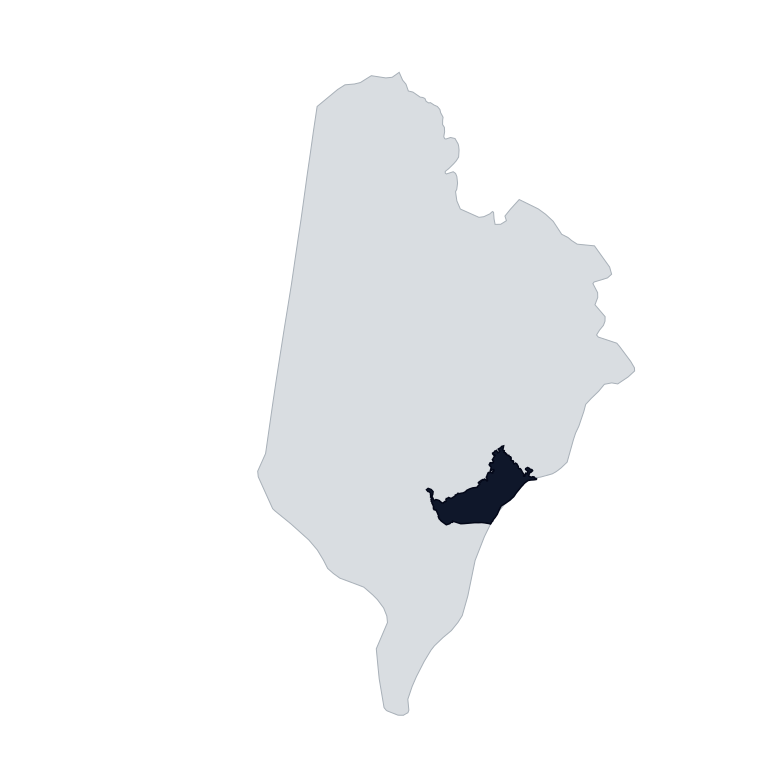 Tell Abiad, Ar Raqqah, Syria shown in context, rotated 130°
{"feature_id": "27442178B34075692761550", "entity_name": "Tell Abiad", "entity_type": "district", "adm_level": 2, "iso_a3": "SYR", "parent_name": "Syria", "parent_adm1": "Ar Raqqah", "projection": "orthographic", "projection_center": [39.333, 36.35], "detail": "fine", "context": "in_parent", "style": "filled", "palette": "ink", "viewbox_px": 768, "rotation_deg": 130, "n_neighbors": 0, "source": "geoboundaries", "source_scale": "gbopen_adm2", "svg_char_len": 6617}
<svg xmlns="http://www.w3.org/2000/svg" viewBox="0 0 768 768"><g transform="rotate(130 384 384)"><path d="M153.6,280.2L159.1,281.0L170.8,288.6L172.8,288.5L176.7,279.1L180.3,275.9L187.7,273.3L190.3,257.9L193.8,255.1L198.0,253.6L204.3,253.5L209.8,252.7L210.3,250.0L203.1,231.9L203.9,227.4L208.1,209.6L210.6,202.6L212.9,200.4L221.6,201.5L233.7,205.0L236.8,210.3L242.6,215.0L251.6,214.9L261.9,216.0L270.0,216.4L276.5,213.3L291.1,207.6L298.4,205.7L304.9,203.1L326.1,193.5L334.5,194.4L340.2,195.7L344.6,197.3L354.5,204.1L362.6,211.0L368.3,213.1L378.7,213.0L393.6,214.3L411.9,214.3L422.6,212.4L436.3,209.0L460.6,200.8L492.4,183.6L511.1,175.2L519.1,174.1L529.6,173.9L540.2,175.8L552.2,177.1L557.7,176.9L570.6,174.9L587.2,171.1L597.7,168.0L610.2,163.1L617.9,155.3L620.4,154.4L623.8,155.7L625.3,156.2L628.7,160.4L632.4,171.5L632.5,172.7L631.9,175.9L623.9,185.3L613.0,198.1L605.1,206.2L591.8,219.7L581.6,222.8L564.5,228.0L559.9,232.7L555.8,240.3L553.4,250.5L552.8,257.0L552.6,268.9L556.9,281.2L561.1,293.0L561.7,300.9L561.5,308.6L557.9,317.0L554.0,328.4L551.8,341.3L551.0,365.3L551.3,385.8L551.1,389.1L544.1,403.7L535.9,420.7L532.0,424.7L513.4,430.0L493.1,442.6L470.4,456.7L449.7,469.4L427.9,482.6L405.2,496.3L388.9,506.0L367.1,519.0L347.2,531.3L326.9,543.8L311.5,553.2L287.9,568.0L274.1,576.7L253.7,589.3L235.8,600.5L214.4,613.6L188.1,608.8L179.9,606.2L173.2,599.5L168.3,595.9L156.0,591.9L148.4,579.4L143.8,574.9L135.5,572.7L139.3,565.0L140.2,559.9L143.9,553.7L141.8,549.5L141.0,540.7L139.6,538.5L139.0,536.2L140.4,533.4L140.0,530.5L138.6,529.2L138.1,524.8L137.1,521.5L137.8,517.6L139.7,515.1L141.7,510.2L144.0,508.8L147.6,505.9L148.6,502.7L151.8,499.7L156.1,497.2L157.1,495.2L156.5,494.0L152.4,491.5L150.3,487.4L152.5,481.5L153.9,479.6L156.5,476.9L162.2,472.7L166.7,472.1L170.5,472.2L176.9,472.8L181.8,473.7L183.1,472.6L183.0,471.2L176.9,467.4L176.7,464.5L178.3,461.5L182.8,456.8L188.1,453.4L190.7,452.8L196.9,445.9L200.9,438.0L195.3,418.4L191.7,415.1L185.7,412.3L182.2,411.8L182.0,410.5L186.9,405.7L190.3,401.5L186.7,397.3L180.2,395.2L177.6,399.3L169.0,399.5L155.8,399.0L150.7,378.2L150.1,369.3L150.6,359.0L155.1,344.1L153.5,337.1L153.5,332.4L152.7,325.9L142.9,311.6L149.4,286.3L153.6,280.2Z" fill="#d9dde1" stroke="#a8b0b8" stroke-width="1"/><path d="M354.5,252.6L356.3,253.8L356.7,253.8L357.4,253.6L358.0,253.4L358.1,253.8L359.3,254.3L359.8,254.4L360.3,254.7L360.7,254.4L360.9,252.5L361.5,252.1L363.3,252.6L363.1,252.8L363.2,253.3L362.6,255.2L364.1,255.7L364.2,256.0L364.9,255.9L365.0,255.7L365.1,255.8L365.9,255.8L366.9,256.3L367.0,256.0L367.5,256.1L367.7,255.9L368.0,253.8L367.2,253.7L367.2,253.1L371.1,252.5L371.3,252.2L372.2,252.4L372.7,251.5L372.5,250.5L373.7,250.3L373.9,249.8L374.7,249.9L374.9,250.7L375.8,251.2L375.6,251.6L375.9,251.9L376.3,251.5L376.5,251.5L376.8,251.5L376.8,251.9L378.3,251.5L378.3,251.0L378.7,250.1L378.6,249.8L378.6,249.1L379.2,248.2L380.3,247.6L381.3,247.2L382.5,246.6L381.3,246.4L381.2,246.0L379.5,245.6L379.4,245.3L379.0,244.9L379.4,244.4L379.5,244.4L379.8,244.1L380.3,244.1L380.5,243.9L381.4,244.3L381.9,244.0L382.3,243.6L383.0,244.7L383.1,245.4L383.8,246.0L384.5,246.4L384.4,246.6L384.8,246.9L384.7,247.1L384.9,247.2L387.9,246.3L388.4,245.9L389.6,245.8L390.1,244.9L390.2,244.2L391.5,243.0L391.6,242.6L392.0,242.7L392.1,243.0L391.9,243.1L391.9,243.3L392.0,243.5L392.1,244.1L391.9,244.8L392.2,245.1L392.2,245.9L392.5,246.0L393.0,245.8L393.6,246.0L393.6,246.4L393.8,246.4L393.9,247.0L394.6,247.0L394.8,247.4L395.6,247.7L395.7,247.0L397.3,247.1L397.4,248.2L399.1,248.2L399.2,246.3L402.5,246.5L403.3,246.2L405.3,248.1L406.6,249.3L409.4,251.0L412.4,252.3L414.0,252.3L416.5,253.3L418.1,254.7L419.9,256.1L420.1,257.1L422.1,257.2L423.0,257.9L423.5,257.6L423.6,257.8L423.9,257.6L424.4,257.6L428.6,259.0L429.4,261.6L431.2,262.0L431.6,262.2L431.7,262.6L432.7,262.3L433.8,261.0L434.6,261.1L435.0,261.9L435.5,261.9L435.9,262.1L436.5,262.1L436.8,262.3L437.3,262.1L437.9,263.4L437.8,264.4L438.0,265.9L437.7,266.4L438.3,268.2L439.2,270.0L441.2,270.6L439.1,275.2L437.4,275.6L434.9,277.2L434.5,280.0L435.6,283.1L437.7,283.5L438.1,281.2L437.4,279.9L437.8,278.0L438.6,277.6L438.8,277.1L439.3,276.8L439.6,276.1L440.1,276.0L440.7,275.6L440.6,275.2L440.7,274.6L441.0,274.0L441.4,274.0L442.0,273.9L442.3,273.7L442.4,273.3L442.6,273.1L443.0,272.8L443.2,272.4L443.5,272.4L443.8,271.2L444.6,270.5L444.7,269.9L445.0,269.4L444.9,269.1L445.7,268.1L446.2,266.9L447.0,266.7L447.5,266.0L447.8,265.9L447.8,265.3L448.1,264.9L447.9,264.4L447.7,264.2L447.5,263.5L447.2,263.5L447.1,263.1L447.5,262.4L447.5,262.0L448.1,261.1L448.1,260.4L448.9,259.6L449.6,257.7L450.0,257.4L450.4,257.4L450.8,257.1L451.1,256.3L451.5,255.8L451.6,255.3L451.9,254.8L451.8,254.4L451.9,253.9L452.2,252.1L452.0,248.7L451.8,245.8L449.1,244.1L448.9,244.0L448.8,243.9L448.7,243.9L448.4,243.8L448.2,243.8L447.9,243.8L447.7,243.9L447.4,243.9L447.2,243.8L447.0,243.7L446.9,243.7L446.7,243.6L446.6,243.4L446.4,243.3L446.4,243.2L446.2,243.0L446.2,242.9L446.0,242.7L445.9,242.7L445.7,242.6L445.4,242.6L445.2,242.7L445.0,242.8L444.9,242.8L444.8,243.0L441.7,235.4L439.6,233.1L436.9,230.4L435.1,228.6L431.8,225.3L429.7,222.7L427.3,220.1L425.7,217.7L423.5,214.0L422.8,212.4L422.4,212.4L420.1,212.8L419.0,212.6L418.5,212.8L418.0,213.0L417.4,213.1L415.0,213.1L411.0,213.5L407.7,214.5L406.0,215.0L402.4,215.8L401.5,215.7L397.7,214.4L396.7,214.1L394.3,213.5L391.9,212.8L389.7,212.6L387.1,212.2L385.5,212.3L383.3,212.6L380.4,212.7L379.5,212.7L374.3,212.8L371.9,212.6L370.9,212.7L369.1,212.5L365.7,211.7L365.3,211.6L365.2,211.5L363.2,209.8L361.5,208.0L361.0,207.5L359.3,206.0L358.6,206.1L358.6,206.7L358.8,207.3L359.0,207.6L359.0,207.8L359.3,208.1L358.7,209.3L358.9,209.7L359.4,210.2L359.7,210.8L360.8,211.0L361.4,213.9L361.1,214.3L360.5,214.6L357.6,215.4L357.2,214.7L354.9,214.4L354.5,215.6L355.4,217.4L355.2,218.5L355.6,220.3L357.7,221.1L358.5,220.6L358.5,218.2L358.1,217.6L360.7,216.7L361.0,218.1L361.6,218.0L363.1,217.2L363.6,217.0L363.7,216.9L364.1,217.0L364.0,217.4L364.1,217.8L364.5,217.5L364.8,217.6L364.9,217.8L364.5,218.2L363.6,218.1L362.9,219.9L363.0,220.4L361.5,223.9L361.3,225.3L362.0,226.0L362.1,226.8L360.8,228.2L360.5,229.1L359.8,231.0L360.1,232.5L360.4,232.6L361.6,233.0L361.2,234.5L360.1,235.0L359.8,235.8L360.6,236.8L360.6,238.2L360.0,238.3L360.0,238.5L359.9,238.7L359.9,238.8L359.7,238.9L359.7,239.0L359.4,239.0L359.2,239.0L359.0,238.9L358.8,239.1L358.9,239.6L358.8,239.8L358.4,240.1L358.4,240.3L358.7,240.5L358.8,241.0L358.8,241.6L358.4,242.6L358.7,242.8L359.0,243.0L359.2,244.8L358.8,245.2L358.9,245.4L359.2,245.6L358.6,246.7L359.3,248.1L357.8,248.9L358.1,250.9L356.4,251.5L354.5,252.6Z" fill="#0f172a" stroke="#020617" stroke-width="1.5"/></g></svg>